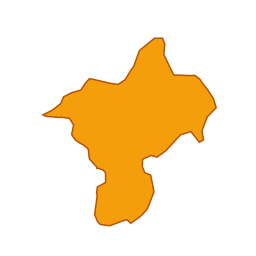 the district of Mezam, Nord-Ouest, Cameroon, rotated 224°
{"feature_id": "32672807B13167032786609", "entity_name": "Mezam", "entity_type": "district", "adm_level": 2, "iso_a3": "CMR", "parent_name": "Cameroon", "parent_adm1": "Nord-Ouest", "projection": "robinson", "projection_center": [10.141, 6.007], "detail": "fine", "context": "isolated", "style": "filled", "palette": "amber", "viewbox_px": 256, "rotation_deg": 224, "n_neighbors": 0, "source": "geoboundaries", "source_scale": "gbopen_adm2", "svg_char_len": 1084}
<svg xmlns="http://www.w3.org/2000/svg" viewBox="0 0 256 256"><g transform="rotate(224 128 128)"><path d="M105.0,58.9L103.7,58.4L102.8,57.4L91.8,42.5L84.7,39.4L80.8,39.4L73.2,45.0L69.0,53.9L68.2,55.6L65.3,61.2L59.8,61.4L57.6,73.5L57.8,83.0L60.0,88.4L64.9,100.1L79.0,109.9L84.9,107.5L90.9,110.2L95.8,115.7L92.4,124.2L86.9,127.3L85.0,137.9L85.4,157.3L85.5,159.6L80.3,169.1L66.8,167.3L65.4,171.8L72.7,177.3L75.9,184.3L78.7,191.2L78.7,203.9L86.8,208.4L97.6,210.9L104.5,211.8L110.1,213.0L116.5,212.3L119.2,209.4L120.4,208.3L132.0,197.9L153.2,205.7L159.9,214.0L165.5,216.6L171.3,210.9L173.6,191.7L166.6,176.0L166.0,171.4L163.6,160.6L165.5,152.3L172.5,147.4L186.4,139.1L190.0,136.7L189.8,130.8L188.3,122.5L192.9,114.6L196.0,105.7L193.3,98.8L194.9,87.9L198.4,78.4L195.0,79.5L185.2,87.5L183.4,89.4L179.5,92.3L176.8,94.3L169.3,92.4L164.0,84.2L157.9,82.7L152.7,83.6L148.0,84.9L141.9,85.2L136.7,80.8L134.0,78.9L128.1,78.5L123.9,78.3L122.3,77.3L121.2,78.6L116.5,80.5L113.4,80.3L111.3,78.4L106.3,73.3L107.8,68.3L109.1,64.3L105.0,58.9Z" fill="#f59e0b" stroke="#b45309" stroke-width="1.5"/></g></svg>